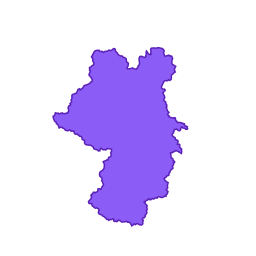 Dinh Lap, Lạng Sơn, Vietnam, rotated 134°
{"feature_id": "81297802B72919536287172", "entity_name": "Dinh Lap", "entity_type": "district", "adm_level": 2, "iso_a3": "VNM", "parent_name": "Vietnam", "parent_adm1": "Lạng Sơn", "projection": "mercator", "projection_center": [107.136, 21.534], "detail": "fine", "context": "isolated", "style": "filled", "palette": "violet", "viewbox_px": 256, "rotation_deg": 134, "n_neighbors": 0, "source": "geoboundaries", "source_scale": "gbopen_adm2", "svg_char_len": 5805}
<svg xmlns="http://www.w3.org/2000/svg" viewBox="0 0 256 256"><g transform="rotate(134 128 128)"><path d="M171.6,190.0L172.4,189.0L173.5,187.0L174.1,185.1L173.7,184.0L173.9,183.4L174.6,182.6L174.4,180.4L175.8,177.5L174.8,177.3L173.4,176.2L173.3,175.8L173.5,175.0L173.0,174.4L172.8,172.8L173.1,171.5L172.7,170.7L171.7,169.2L170.1,168.9L169.8,168.2L169.9,166.7L169.3,166.7L168.8,165.6L167.8,164.9L169.0,163.1L169.1,161.5L167.4,160.3L167.8,159.0L167.3,158.2L167.6,157.2L166.6,155.7L166.7,155.0L167.4,153.7L167.9,153.3L167.8,152.0L167.1,150.6L168.9,148.9L169.4,147.1L167.7,144.4L166.7,143.4L166.0,142.0L166.0,140.3L165.8,139.6L166.7,138.2L165.8,136.1L165.0,135.0L165.1,133.4L164.1,132.4L162.8,133.1L161.3,133.3L160.9,130.7L159.7,129.6L159.2,128.7L158.0,128.7L157.7,129.0L157.4,128.9L155.0,125.6L154.9,124.9L155.9,123.9L158.0,123.1L158.9,121.3L160.8,120.6L162.3,121.4L163.4,121.2L164.8,120.2L165.7,121.1L166.6,121.2L169.4,122.5L169.6,122.3L170.5,119.7L173.5,117.3L176.0,116.9L178.6,117.5L180.0,117.2L181.0,116.4L182.2,115.0L182.1,111.8L183.1,110.9L184.2,110.5L184.4,109.2L185.2,107.5L185.3,106.6L187.0,105.9L188.4,105.8L191.2,104.9L191.6,106.5L192.6,107.3L193.8,106.3L194.7,105.9L195.5,105.9L196.5,106.5L197.4,106.6L197.7,107.8L198.3,108.3L199.4,107.9L201.1,108.1L201.9,108.0L201.7,107.3L202.7,107.0L203.0,106.4L204.2,105.5L208.3,105.4L209.3,103.9L209.2,103.3L207.5,101.4L208.3,100.7L208.9,99.5L208.3,98.3L208.7,97.6L208.4,95.9L208.1,95.5L207.1,95.0L206.6,92.3L209.3,90.7L209.7,90.1L209.5,89.7L209.9,88.8L208.7,86.3L208.9,84.9L208.3,83.7L208.4,81.8L208.1,81.2L208.6,80.0L208.4,79.5L207.4,78.9L207.8,77.7L206.7,77.5L205.8,76.6L204.0,75.8L203.5,74.9L204.8,73.8L204.6,72.8L203.2,71.7L203.1,70.9L202.4,70.8L201.7,71.2L201.1,71.1L200.3,69.6L199.9,67.0L197.1,64.7L196.2,64.5L196.1,62.8L195.3,62.1L194.7,61.0L195.7,57.2L194.4,57.0L192.7,57.0L192.4,55.5L190.7,55.3L190.0,54.3L189.7,52.6L188.4,50.9L187.3,50.7L186.6,50.8L185.4,52.1L183.7,52.9L183.8,54.1L183.5,54.6L181.9,54.6L181.4,54.0L180.8,53.9L180.1,54.3L179.4,54.3L178.8,55.1L177.8,55.0L175.6,55.7L175.0,57.2L174.5,57.4L173.5,57.4L172.4,58.7L172.1,59.7L171.2,59.8L170.5,60.5L170.4,62.7L169.9,63.9L170.2,64.7L169.5,65.1L168.8,64.4L167.4,64.7L166.3,63.8L165.1,64.1L164.4,64.0L164.2,63.7L164.6,62.8L164.2,62.2L163.4,61.6L162.7,61.8L161.5,61.1L161.5,60.5L161.1,60.1L159.1,59.7L158.2,58.3L157.2,58.7L156.6,58.5L155.7,57.6L154.8,55.6L153.5,54.7L152.7,54.6L151.0,53.8L150.7,53.2L149.4,54.1L148.2,54.0L145.9,55.1L145.9,57.2L145.7,57.7L144.9,57.6L143.4,57.9L142.2,59.6L139.4,61.2L140.0,63.3L139.8,64.5L140.0,65.2L139.3,66.9L138.5,67.0L137.3,66.4L135.2,66.8L134.7,66.2L133.3,65.9L132.0,67.2L130.8,67.0L129.9,67.7L127.2,68.1L126.7,67.7L125.7,67.7L124.7,69.5L123.2,69.7L121.8,70.3L121.6,71.2L120.1,70.7L119.7,71.4L120.0,73.2L119.3,73.8L119.0,74.3L119.3,76.4L116.3,80.2L115.2,79.1L114.2,79.1L113.6,78.5L112.7,78.6L111.9,78.0L111.1,77.9L110.2,76.2L109.2,71.9L107.6,73.0L106.7,74.5L105.9,74.7L106.0,76.4L105.6,77.9L104.2,78.9L104.0,79.6L105.2,80.8L105.4,81.3L104.2,81.8L102.6,82.8L102.5,84.0L102.9,85.1L103.4,85.8L102.2,87.4L102.8,89.8L102.4,91.4L101.7,92.0L101.1,92.1L100.1,91.8L99.5,92.3L98.6,92.5L98.1,93.4L96.7,93.4L96.3,93.0L95.0,92.4L94.9,90.3L94.4,89.1L94.1,88.9L92.4,89.1L91.2,90.0L90.1,90.1L89.5,89.2L89.9,88.4L89.0,87.3L88.7,86.5L88.9,85.8L88.0,84.7L87.2,84.5L86.9,84.9L86.8,85.7L85.8,86.3L86.8,88.5L86.6,89.5L85.8,90.3L86.6,91.0L86.4,91.9L87.2,92.6L87.2,93.4L88.6,95.3L89.6,95.9L89.8,96.6L89.2,97.5L89.5,98.6L89.0,99.4L88.6,100.6L88.0,100.7L88.0,101.4L88.8,102.2L89.7,102.5L91.5,106.3L90.7,107.1L91.0,107.9L90.7,108.8L89.5,109.4L88.3,109.4L88.4,111.2L86.5,115.0L85.9,114.7L84.5,116.2L84.3,116.6L84.4,117.4L83.1,118.9L83.1,119.8L83.3,120.7L83.0,121.9L80.4,122.8L79.4,124.6L79.3,125.7L78.4,127.4L75.2,127.3L74.9,127.5L74.7,128.8L75.9,129.9L75.9,131.7L75.4,132.3L74.1,133.0L69.0,134.6L68.2,134.1L66.4,132.3L65.2,132.4L64.7,130.9L63.1,130.8L62.7,130.9L60.2,133.2L59.5,133.5L57.8,133.2L55.7,133.3L54.9,132.9L54.6,133.5L54.6,134.1L53.1,135.7L50.5,136.5L51.3,139.9L51.3,141.1L48.9,143.3L47.8,143.9L47.1,144.0L46.1,146.2L46.3,147.3L47.2,147.8L47.1,148.8L47.3,149.3L49.6,150.5L50.4,151.0L50.7,151.6L49.2,154.7L47.3,155.6L46.9,157.7L47.0,158.5L48.9,161.7L49.7,162.5L50.6,162.7L52.0,164.5L53.9,166.4L54.8,166.7L55.7,166.4L57.1,164.5L58.5,163.6L59.1,162.6L59.9,163.1L60.4,164.1L60.3,165.8L59.9,167.0L59.8,168.2L60.7,167.8L61.8,166.6L63.5,165.5L63.9,164.8L65.3,164.8L66.0,165.3L65.9,165.8L66.7,166.8L66.9,168.0L67.3,168.4L68.4,169.1L70.3,168.4L73.8,164.3L75.6,163.7L76.3,163.9L77.5,163.0L78.9,163.1L79.7,162.8L81.1,164.5L81.6,166.5L82.8,166.9L85.3,168.8L85.8,169.7L85.4,170.4L84.6,170.8L83.4,171.0L81.2,172.7L81.1,173.3L81.5,174.7L80.5,176.2L79.5,177.2L79.6,178.8L80.4,181.0L80.3,182.3L81.3,183.4L82.1,186.0L82.1,186.5L81.4,187.6L81.4,190.3L81.0,191.1L80.3,191.6L80.2,192.6L80.9,193.6L83.0,193.7L84.2,194.1L85.2,195.8L87.2,196.2L89.0,197.9L90.7,198.1L90.7,199.6L92.4,201.3L92.2,202.9L93.0,203.3L93.2,203.9L95.2,205.2L96.1,205.3L98.0,204.9L98.8,204.4L99.7,204.5L100.5,204.0L102.2,203.7L102.4,203.4L102.4,201.5L103.6,200.6L104.4,199.6L104.9,197.7L106.3,196.7L108.6,197.2L109.9,197.0L110.7,197.6L111.7,197.5L112.1,196.5L113.2,195.8L113.0,194.9L113.7,194.3L116.1,193.5L117.1,192.7L117.3,189.6L117.8,188.6L117.9,187.4L119.7,186.2L120.9,186.8L122.7,186.5L123.5,186.9L125.1,187.4L126.9,188.5L128.2,189.0L130.8,188.3L133.9,188.9L133.4,190.1L135.1,190.8L135.9,190.3L138.7,189.3L139.6,189.9L140.9,190.3L142.4,191.2L143.5,191.0L145.6,189.0L147.6,188.2L147.7,187.6L148.6,186.6L150.7,186.7L151.1,185.5L151.4,185.4L153.2,185.9L154.7,185.4L155.8,184.1L156.6,182.6L158.5,182.2L159.1,181.7L160.0,182.7L161.2,183.0L162.4,184.6L163.0,184.9L162.9,185.9L165.7,187.4L165.7,188.5L166.6,189.0L167.5,190.8L169.5,189.7L170.4,189.7L171.6,190.0Z" fill="#8b5cf6" stroke="#5b21b6" stroke-width="1.5"/></g></svg>